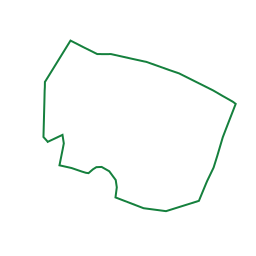 Ad Du'ayn, Eastern Darfur, Sudan, rotated 21°
{"feature_id": "16777658B96658977374271", "entity_name": "Ad Du'ayn", "entity_type": "district", "adm_level": 2, "iso_a3": "SDN", "parent_name": "Sudan", "parent_adm1": "Eastern Darfur", "projection": "mercator", "projection_center": [26.189, 11.412], "detail": "fine", "context": "isolated", "style": "outline", "palette": "green", "viewbox_px": 256, "rotation_deg": 21, "n_neighbors": 0, "source": "geoboundaries", "source_scale": "gbopen_adm2", "svg_char_len": 830}
<svg xmlns="http://www.w3.org/2000/svg" viewBox="0 0 256 256"><g transform="rotate(21 128 128)"><path d="M220.8,151.2L220.9,148.8L222.1,134.3L221.3,121.6L219.8,102.7L219.8,93.7L219.9,66.9L217.2,66.1L216.9,66.0L206.5,64.4L205.0,64.2L193.9,62.4L157.0,58.8L156.3,58.7L145.8,59.1L132.6,59.4L121.3,59.7L118.5,60.2L118.3,60.2L107.2,61.9L86.9,64.9L85.6,65.1L79.0,67.7L72.7,70.0L57.0,68.5L43.0,67.0L34.1,114.0L33.9,114.7L35.7,119.6L36.8,123.0L40.8,134.2L52.3,166.7L57.0,169.1L57.9,169.6L58.0,169.7L69.3,157.9L73.6,165.4L74.2,168.8L74.6,171.0L74.7,171.6L77.4,187.4L89.6,185.6L100.6,185.2L104.8,184.9L107.3,184.3L110.1,179.1L112.5,175.9L117.1,173.9L117.4,173.8L126.0,175.1L135.2,181.0L138.8,187.4L141.2,197.3L163.4,197.3L170.2,197.3L171.3,197.3L193.3,192.0L220.3,170.6L220.8,151.2Z" fill="none" stroke="#15803d" stroke-width="2"/></g></svg>